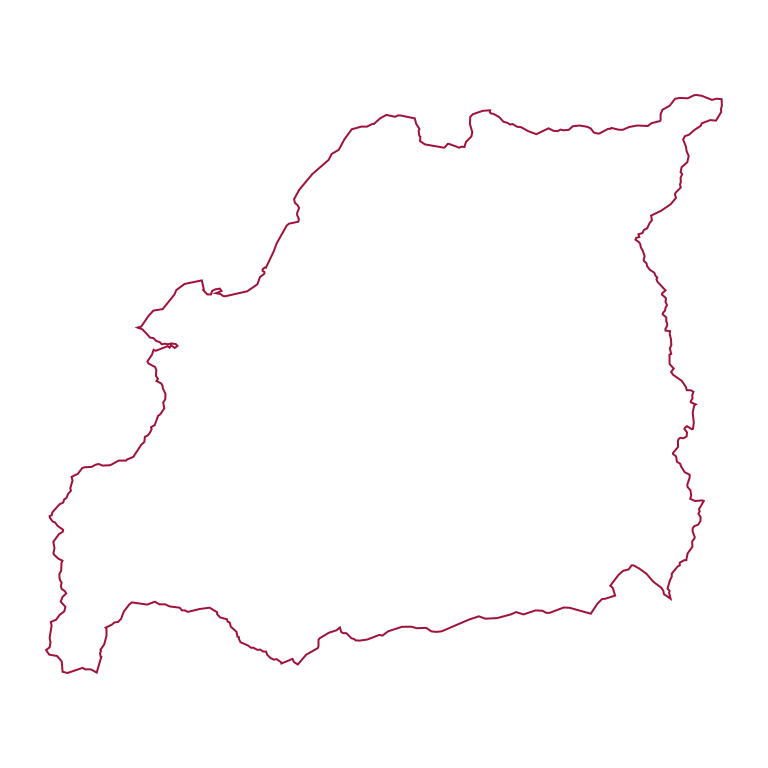 Reghiu, Vrancea, Romania
{"feature_id": "2599482B22331629819440", "entity_name": "Reghiu", "entity_type": "district", "adm_level": 2, "iso_a3": "ROU", "parent_name": "Romania", "parent_adm1": "Vrancea", "projection": "natural_earth1", "projection_center": [26.855, 45.811], "detail": "fine", "context": "isolated", "style": "outline", "palette": "rose", "viewbox_px": 768, "rotation_deg": 0, "n_neighbors": 0, "source": "geoboundaries", "source_scale": "gbopen_adm2", "svg_char_len": 6056}
<svg xmlns="http://www.w3.org/2000/svg" viewBox="0 0 768 768"><path d="M469.0,619.6L478.9,616.3L485.3,618.7L497.0,618.1L510.9,614.4L516.0,612.1L523.5,614.4L535.7,610.4L542.7,610.8L546.0,612.8L549.5,612.9L563.7,607.5L569.7,607.8L590.8,613.7L597.4,603.7L602.1,599.0L605.1,598.8L615.1,595.6L612.8,588.0L610.3,585.7L618.6,574.8L623.1,570.8L628.7,569.4L631.6,565.3L633.4,565.3L639.0,568.4L646.3,573.6L653.5,581.9L661.3,587.7L663.3,590.7L663.9,594.1L670.6,598.8L669.1,592.7L669.6,590.9L667.5,588.6L670.0,580.1L671.7,576.7L671.8,573.6L677.5,566.6L679.8,565.2L679.7,562.7L684.4,560.1L686.3,560.2L687.6,553.4L692.4,546.8L692.2,541.4L694.4,538.5L694.7,536.8L692.6,531.5L692.7,528.2L694.1,526.3L698.2,524.6L700.4,521.2L700.6,517.3L698.4,513.6L699.7,511.3L698.9,509.3L703.8,501.0L702.3,500.4L695.1,501.0L690.2,498.8L691.2,495.5L690.4,490.2L687.6,487.1L687.3,484.7L689.7,477.4L689.6,474.7L684.7,472.2L681.1,466.5L680.2,463.8L676.9,461.7L676.1,456.4L673.0,454.0L673.1,452.9L678.1,446.9L677.9,441.3L678.5,439.2L680.3,437.8L683.3,438.3L686.6,436.5L687.0,432.4L684.4,428.9L685.0,427.6L686.9,426.2L691.9,429.2L693.0,428.8L693.8,422.5L692.7,412.7L694.2,405.5L695.8,404.4L690.8,402.3L690.7,401.3L692.5,398.6L692.2,395.2L693.5,391.8L691.0,390.3L686.7,390.1L685.8,386.8L681.7,380.8L673.1,374.8L671.1,372.0L673.7,368.5L669.6,364.1L669.5,354.6L671.2,353.9L669.8,348.2L671.3,345.5L671.0,339.4L669.7,334.0L670.0,331.1L665.5,330.6L665.4,329.0L667.2,325.6L667.1,323.1L666.2,321.4L666.3,317.5L662.6,314.2L663.1,312.6L665.0,310.7L665.6,307.4L667.0,305.3L665.5,301.7L666.0,298.8L665.5,297.7L661.9,294.6L662.2,293.3L665.5,290.4L657.4,281.7L656.5,279.3L657.3,277.5L655.8,276.2L654.2,272.6L650.1,270.0L647.1,266.2L646.5,263.3L644.0,261.0L643.7,259.2L644.6,256.3L642.8,250.7L640.8,247.3L640.3,244.2L639.0,242.2L635.5,239.7L636.1,237.9L639.3,237.0L638.4,234.3L642.5,233.0L643.9,230.0L647.1,228.4L649.7,222.9L651.9,220.3L651.1,215.6L660.9,210.9L670.7,204.2L676.0,197.9L674.9,194.4L675.7,192.6L680.7,187.6L680.0,184.4L680.8,182.3L680.6,177.7L682.2,174.2L680.6,172.1L681.6,167.2L687.3,162.2L688.7,155.9L686.6,151.2L686.0,146.8L683.1,139.4L685.0,136.1L689.0,134.7L694.8,129.7L700.7,125.9L701.8,123.3L710.2,120.1L716.0,120.6L721.2,112.0L721.0,108.8L721.9,105.6L721.6,99.2L716.4,98.7L712.0,99.9L701.7,95.8L696.4,95.0L694.2,95.2L687.7,98.3L679.7,97.9L675.1,98.8L669.6,105.8L662.5,109.7L660.6,114.1L660.6,120.0L659.9,121.1L651.7,123.1L647.7,126.0L637.3,125.5L629.2,127.0L622.7,129.8L618.7,129.7L611.3,127.9L610.4,128.9L608.0,128.9L599.8,133.3L598.0,133.6L593.8,132.5L590.7,128.4L587.2,126.8L579.7,125.5L572.7,126.3L568.8,129.8L563.7,130.3L560.7,129.6L557.5,131.1L553.4,130.8L548.6,128.3L536.3,134.2L528.1,131.1L520.9,127.1L517.3,126.8L512.4,124.0L510.2,124.6L507.5,122.9L503.4,121.7L499.2,117.1L493.8,114.0L490.7,113.3L489.8,112.1L490.1,110.3L482.8,110.8L472.9,114.2L470.3,116.8L469.9,124.0L472.3,132.2L471.4,136.4L466.0,141.9L464.4,147.0L461.2,146.7L459.3,147.7L449.0,143.9L447.7,143.9L444.6,147.5L443.5,147.6L425.0,144.4L420.0,141.1L420.4,136.9L419.3,135.7L418.6,130.8L419.5,129.1L416.1,123.6L414.8,118.4L400.3,115.4L398.0,115.4L395.1,116.8L386.4,114.9L380.3,118.2L373.8,124.0L372.4,123.9L367.0,126.6L361.4,126.6L351.7,129.3L344.3,139.5L338.8,149.8L331.7,153.9L328.6,159.9L312.2,174.2L299.3,189.7L294.1,199.1L294.9,202.8L297.5,205.1L299.1,208.0L297.2,212.7L297.1,214.9L298.9,219.1L298.3,221.7L288.9,223.7L286.7,225.6L276.7,243.3L273.7,251.4L265.9,267.8L265.0,267.4L262.7,269.1L262.6,270.9L264.5,272.1L264.3,273.8L260.0,277.0L257.4,284.3L247.2,291.3L225.0,296.3L223.1,296.0L220.5,294.1L215.9,293.2L221.5,291.0L219.8,288.6L215.2,289.4L212.3,290.8L210.8,294.5L207.3,294.4L203.1,290.0L203.8,289.3L201.8,280.4L184.4,284.0L176.3,290.1L174.3,294.7L162.7,309.1L153.4,310.6L148.5,315.9L141.3,326.5L137.6,327.6L142.5,329.4L150.1,337.6L153.5,338.1L155.9,340.7L160.1,342.4L161.8,344.3L164.7,343.7L167.9,344.3L171.1,343.4L175.8,344.1L177.5,345.9L174.7,348.0L171.0,345.2L169.6,347.7L167.6,346.2L155.7,350.8L153.6,349.8L152.0,354.6L147.4,361.5L148.6,363.6L155.1,367.0L156.3,370.1L155.9,375.9L158.0,378.9L156.5,381.0L161.1,383.4L162.6,385.8L162.7,388.0L165.5,394.0L165.2,399.4L163.2,402.5L164.3,408.3L160.4,414.2L158.1,415.8L154.7,425.1L151.0,427.2L151.6,429.4L149.7,433.0L147.9,435.3L144.9,436.9L144.3,442.0L141.2,444.8L133.3,456.9L126.9,459.6L126.0,460.6L118.7,460.6L110.3,465.2L102.6,465.6L98.6,464.0L95.6,464.7L91.7,466.9L84.3,467.3L82.0,468.3L77.9,473.8L71.6,476.8L72.5,480.6L70.3,488.2L70.9,490.7L68.1,493.9L66.4,498.0L64.2,499.4L63.1,502.6L59.5,504.3L52.3,512.4L51.7,515.3L49.6,516.1L49.9,517.9L52.7,521.5L55.1,522.5L57.5,525.8L63.1,529.8L62.8,531.7L59.0,534.1L53.3,541.8L54.5,548.2L53.4,553.2L54.1,554.8L58.5,558.8L62.5,560.7L61.5,562.8L61.2,570.6L59.4,573.9L59.5,578.0L60.2,580.5L61.6,582.5L60.9,586.2L61.6,588.9L64.9,591.2L66.2,593.4L62.4,597.1L60.7,601.7L65.4,606.8L64.3,611.3L59.7,614.8L56.1,619.7L50.8,622.0L51.6,625.6L49.6,638.0L50.5,642.5L49.6,647.3L46.1,650.1L49.2,654.6L57.0,656.0L61.7,661.3L62.6,671.8L67.4,673.0L82.8,667.8L84.9,669.3L91.0,669.4L96.7,672.6L101.3,656.8L100.6,656.5L100.0,653.2L101.1,650.8L100.4,649.8L104.2,644.4L106.5,635.7L106.5,628.9L105.6,627.7L111.9,624.6L114.3,622.5L118.1,621.9L121.0,619.0L123.9,611.4L129.5,604.2L131.9,602.4L147.2,604.6L154.9,601.7L159.3,604.3L165.2,604.3L169.5,606.4L179.7,607.7L181.8,610.3L185.3,610.5L187.7,611.9L199.7,609.0L209.6,607.7L217.1,612.2L217.2,614.3L220.1,617.4L227.0,619.3L227.5,621.5L229.7,622.5L230.8,626.7L236.5,631.8L237.4,636.6L239.0,637.3L238.9,638.9L240.5,642.2L248.0,645.5L251.1,647.8L253.3,647.7L257.5,649.9L260.3,649.6L263.0,651.5L266.0,651.5L267.1,654.6L270.4,658.0L273.9,659.6L276.8,659.2L281.1,662.3L281.4,663.5L292.5,658.9L293.9,662.0L297.8,664.5L306.1,654.8L317.9,648.0L318.5,645.9L318.5,639.9L319.6,638.3L328.9,632.7L336.5,630.3L339.9,627.5L341.2,631.9L342.9,633.1L346.4,633.2L351.4,638.2L354.5,639.2L355.6,640.4L359.7,640.6L367.4,639.5L379.3,634.9L382.5,635.6L388.1,631.3L402.0,626.8L411.3,626.7L416.8,628.2L426.2,627.9L431.4,631.4L436.6,631.9L441.7,631.3L469.0,619.6Z" fill="none" stroke="#9f1239" stroke-width="2"/></svg>